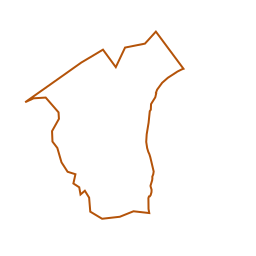 Pulaski, Illinois, United States of America (Equal Earth projection), rotated 324°
{"feature_id": "52423323B7209485651557", "entity_name": "Pulaski", "entity_type": "district", "adm_level": 2, "iso_a3": "USA", "parent_name": "United States of America", "parent_adm1": "Illinois", "projection": "equal_earth", "projection_center": [-89.12, 37.202], "detail": "fine", "context": "isolated", "style": "outline", "palette": "amber", "viewbox_px": 256, "rotation_deg": 324, "n_neighbors": 0, "source": "geoboundaries", "source_scale": "gbopen_adm2", "svg_char_len": 885}
<svg xmlns="http://www.w3.org/2000/svg" viewBox="0 0 256 256"><g transform="rotate(324 128 128)"><path d="M207.7,112.7L207.2,66.4L191.3,69.7L172.9,61.2L153.9,71.6L153.8,49.9L128.7,47.6L96.5,47.2L60.0,46.7L69.1,48.5L79.3,55.0L81.0,74.5L77.5,80.0L64.7,85.9L58.9,94.6L59.1,102.6L54.0,116.7L53.4,127.9L58.3,134.5L51.2,140.8L53.7,147.3L50.5,153.9L56.2,153.4L55.6,161.5L48.3,173.5L53.7,186.2L69.2,195.0L83.5,198.6L95.2,209.3L97.0,205.6L103.3,196.7L104.7,195.7L105.4,196.1L106.9,195.6L109.3,193.7L110.8,191.8L111.9,188.6L112.3,187.9L116.8,184.5L118.2,183.0L119.0,181.7L121.2,180.3L123.2,178.3L128.8,164.9L129.9,161.7L130.4,159.2L131.7,155.5L134.6,149.9L139.4,144.1L147.8,135.8L155.5,127.2L157.2,126.6L160.7,122.2L168.1,119.2L171.8,116.0L170.6,116.4L174.1,114.1L182.2,111.5L189.8,110.8L201.2,111.4L205.4,112.1L206.0,112.2L207.7,112.7Z" fill="none" stroke="#b45309" stroke-width="2"/></g></svg>